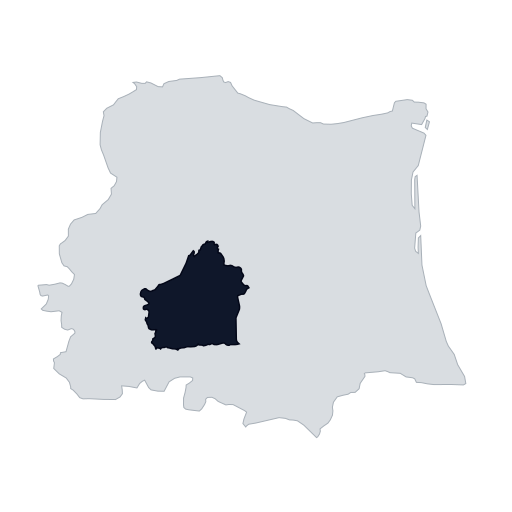 Worodougou highlighted on a map of Ivory Coast, rotated 273°
{"feature_id": "CIV-3443", "entity_name": "Worodougou", "entity_type": "Region", "adm_level": 1, "iso_a3": "CIV", "parent_name": "Ivory Coast", "parent_adm1": "", "projection": "natural_earth1", "projection_center": [-6.431, 8.415], "detail": "fine", "context": "in_parent", "style": "filled", "palette": "ink", "viewbox_px": 512, "rotation_deg": 273, "n_neighbors": 0, "source": "natural_earth", "source_scale": "10m", "svg_char_len": 7805}
<svg xmlns="http://www.w3.org/2000/svg" viewBox="0 0 512 512"><g transform="rotate(273 256 256)"><path d="M113.9,77.9L115.6,77.8L120.1,76.3L124.2,72.9L128.0,65.7L133.1,59.9L138.9,60.3L140.6,59.3L142.6,59.1L145.1,62.9L147.5,65.7L149.2,65.8L150.5,71.3L161.0,73.6L165.6,75.1L169.4,79.1L170.7,79.2L172.3,78.4L173.5,77.0L173.8,75.4L172.2,71.8L172.9,68.6L174.6,65.7L177.3,65.5L181.4,64.7L186.1,64.7L189.6,65.2L191.0,62.3L189.6,54.2L190.0,49.7L190.6,45.9L191.9,44.3L197.1,49.1L201.9,50.8L205.3,51.0L206.2,50.1L204.8,44.9L205.2,43.3L206.4,42.4L208.7,41.9L214.8,39.8L215.4,40.2L216.5,48.3L216.0,51.0L217.3,56.6L218.9,61.7L218.8,63.8L217.5,67.0L215.9,70.0L216.1,71.2L218.5,73.2L223.2,75.2L228.0,75.7L230.7,72.7L233.5,70.2L235.4,68.1L236.1,64.8L239.1,62.5L247.8,59.5L255.9,59.0L257.8,60.0L261.4,64.5L266.0,67.6L273.0,67.2L278.1,69.1L282.5,72.5L285.5,80.2L288.7,85.8L290.1,93.7L295.2,97.8L299.2,99.7L304.6,105.5L310.2,108.4L316.0,107.7L318.7,110.7L323.0,112.8L327.4,113.0L331.2,106.4L336.2,103.7L348.9,98.5L353.9,96.1L358.9,94.5L371.2,94.1L382.5,95.7L388.2,96.9L392.0,96.0L395.7,99.2L399.5,105.8L402.6,107.9L405.8,110.2L408.2,115.4L410.9,120.5L412.4,122.8L415.9,127.9L418.8,128.0L421.7,125.8L422.9,124.1L423.5,127.5L422.4,133.0L422.6,136.3L424.2,137.6L423.3,142.0L420.0,149.4L420.0,153.8L423.3,155.1L425.7,159.8L427.2,167.7L428.6,170.4L428.8,172.0L431.2,191.2L434.2,210.5L432.3,213.0L429.8,213.8L428.1,214.7L427.6,216.5L428.7,219.1L428.0,221.5L424.7,223.2L417.7,229.3L417.2,231.8L415.4,237.0L413.8,240.2L411.5,246.1L407.9,261.7L406.5,274.7L406.3,278.7L404.9,281.4L403.3,285.5L395.7,296.6L391.8,305.6L392.3,309.6L392.5,313.5L391.3,316.4L391.5,324.1L392.5,330.5L393.9,336.8L399.5,354.6L402.4,365.4L404.2,374.1L405.8,380.0L407.3,382.4L407.9,384.6L416.2,386.2L417.8,387.5L420.1,398.9L419.7,404.0L418.0,406.0L418.1,410.3L417.7,415.7L416.5,417.9L411.9,418.1L408.8,420.2L404.6,419.4L404.2,418.0L402.0,417.5L395.9,414.5L396.9,404.6L394.0,404.2L391.8,405.5L387.5,417.3L385.4,419.4L354.8,413.3L348.1,408.4L340.1,407.2L326.3,407.8L314.8,409.3L311.5,412.2L340.4,410.5L343.6,410.8L345.0,412.6L308.5,416.5L294.5,418.9L290.4,418.2L287.3,414.4L272.1,414.0L269.0,415.2L267.1,418.0L273.1,417.4L282.5,417.2L285.0,419.4L255.6,422.2L235.2,427.5L226.5,431.4L198.0,444.4L180.6,450.5L176.1,452.8L168.1,459.1L158.0,463.1L146.6,470.6L139.6,472.2L138.1,469.9L137.9,457.3L136.9,440.4L137.3,433.9L138.2,427.8L138.2,422.8L141.7,420.9L142.6,418.8L143.1,412.2L146.4,406.2L146.5,395.8L147.4,393.7L148.2,390.9L146.8,384.1L145.0,371.2L144.1,370.3L143.3,370.9L141.5,371.1L134.3,366.7L128.8,365.9L125.0,362.1L124.7,357.8L122.8,355.2L121.5,350.2L119.6,344.5L114.1,341.0L109.0,340.2L105.4,340.9L101.1,340.7L96.3,338.8L92.9,336.6L89.7,332.4L86.7,329.0L84.4,329.4L81.5,328.7L78.7,327.1L77.8,326.0L89.6,312.6L93.6,306.0L94.1,302.0L94.1,298.0L95.4,293.9L95.8,287.5L89.2,264.6L87.6,257.5L85.8,255.4L84.7,254.7L88.0,251.7L92.6,252.5L99.6,254.8L101.1,252.5L106.4,240.9L106.3,236.6L105.7,233.7L108.8,225.8L111.3,222.7L112.6,219.4L112.2,214.9L110.3,213.2L107.9,213.5L105.0,212.4L100.5,209.8L98.2,207.5L98.9,197.0L99.4,193.8L100.9,191.9L103.4,191.4L110.3,191.1L115.9,192.3L120.9,193.0L123.5,193.0L125.6,196.1L128.4,199.2L130.9,199.2L131.8,196.8L131.3,186.5L129.6,181.1L125.8,175.8L116.1,171.3L115.9,165.0L116.8,158.2L119.0,155.7L126.2,151.3L124.9,149.0L122.6,146.5L118.0,144.0L119.1,135.9L119.3,128.6L115.4,129.4L111.5,129.8L108.1,127.6L105.3,123.2L104.8,111.0L104.8,97.0L104.3,90.7L105.3,87.4L108.8,84.4L112.5,80.4L113.9,77.9ZM400.7,419.5L399.1,422.2L391.3,420.5L393.2,418.3L400.7,419.5Z" fill="#d9dde1" stroke="#a8b0b8" stroke-width="1"/><path d="M223.9,250.6L222.8,248.9L221.9,248.2L220.3,247.6L218.1,246.5L217.6,246.1L217.3,245.7L217.1,243.6L217.0,243.3L216.9,242.9L216.2,241.6L215.5,239.8L213.7,239.8L205.0,242.2L203.2,242.3L201.9,242.2L193.2,239.2L171.8,240.7L170.1,241.1L168.8,242.0L167.4,243.7L166.8,241.9L166.4,239.6L166.2,235.2L166.1,234.7L165.5,234.0L165.4,233.3L165.5,232.2L165.6,231.7L165.8,231.2L166.4,230.3L167.0,229.7L167.4,228.9L167.4,227.5L166.7,225.4L165.7,222.6L165.4,221.2L165.4,218.8L165.6,218.3L166.1,217.4L166.2,216.8L165.9,215.7L165.3,214.8L165.1,213.9L165.4,212.6L164.7,211.7L164.0,209.9L163.6,208.2L164.2,207.1L164.2,204.1L164.2,203.7L164.4,203.3L165.0,202.8L163.9,202.0L163.0,200.9L162.4,199.5L161.9,195.4L161.9,192.6L161.5,191.0L160.7,189.2L160.4,186.6L160.0,185.2L159.4,183.9L158.6,183.3L159.3,183.0L159.4,182.6L159.0,182.4L158.2,182.4L158.8,181.1L159.0,179.8L159.0,177.3L159.7,174.0L159.8,172.8L159.9,172.3L160.5,171.7L160.6,171.2L160.5,170.7L160.0,169.5L159.8,169.1L159.8,167.9L159.5,166.8L159.0,166.0L158.2,165.6L158.6,165.0L158.9,164.4L159.0,163.7L159.0,162.8L159.4,162.0L159.4,161.6L158.8,161.5L158.4,161.4L158.1,161.3L158.0,161.0L158.0,160.7L158.9,160.5L160.4,160.0L161.2,159.3L162.2,158.3L162.9,157.8L163.4,157.1L163.5,156.8L163.6,156.6L163.8,156.5L164.1,156.3L164.4,156.3L165.0,156.4L165.3,156.6L165.5,156.8L165.6,157.0L165.8,157.1L166.1,157.3L166.4,157.4L167.5,157.3L167.8,157.3L168.0,157.5L168.9,158.8L169.1,159.1L169.3,159.3L169.6,159.5L169.9,159.6L170.2,159.6L170.6,159.7L171.5,159.6L173.2,159.2L173.6,159.3L173.9,159.4L174.1,159.7L174.5,159.8L174.9,159.9L175.6,159.8L175.9,159.9L176.2,160.1L176.6,160.6L176.8,160.7L177.0,160.7L177.2,160.3L177.2,159.9L176.9,156.8L176.8,155.8L176.9,155.3L177.0,154.9L177.4,154.2L177.5,153.7L177.6,153.3L178.0,152.9L178.6,152.5L180.9,151.9L181.6,151.6L182.3,151.0L182.9,150.7L184.3,150.3L186.4,148.8L188.5,149.1L188.1,149.6L188.0,150.2L188.7,151.1L189.1,151.6L189.3,151.7L189.7,151.8L194.6,152.2L195.2,152.0L195.8,151.6L196.8,150.6L197.1,150.0L197.2,149.5L196.7,148.3L196.7,147.9L196.6,147.5L196.7,147.2L196.9,146.9L197.0,146.6L197.2,146.4L197.6,146.3L198.0,146.2L198.9,146.2L199.3,146.3L199.7,146.4L200.3,147.1L200.6,147.7L200.8,148.2L201.3,149.6L201.6,150.2L201.9,150.7L202.3,151.2L202.6,151.4L202.8,151.6L203.2,151.7L203.7,151.4L204.3,150.8L205.5,149.3L206.6,147.6L206.9,147.3L207.5,147.0L208.0,146.9L208.4,146.8L208.7,146.6L209.1,145.8L209.4,144.3L209.6,143.6L209.8,143.4L210.4,142.9L212.0,142.5L213.1,142.8L213.5,142.8L213.9,142.9L214.6,143.1L215.8,143.9L217.2,146.0L217.5,146.5L217.5,146.9L217.5,147.3L217.5,147.7L217.3,148.0L217.1,148.3L216.5,149.0L216.1,149.5L215.3,151.4L215.2,151.8L215.1,152.2L215.2,152.6L215.2,152.9L215.3,153.3L215.6,153.9L216.2,154.9L216.3,155.3L216.7,156.3L216.8,156.6L216.9,156.8L220.7,159.7L221.9,160.3L222.1,160.5L222.4,160.9L222.5,161.5L222.6,162.4L222.7,162.7L223.7,165.2L232.6,181.2L233.1,181.5L245.1,186.6L252.8,188.8L253.1,189.9L257.9,193.1L257.3,193.9L256.7,194.1L255.3,194.0L254.2,193.6L253.7,193.5L253.2,193.7L252.6,194.0L252.3,194.3L252.5,194.4L253.0,195.0L254.7,197.2L255.3,197.7L255.6,197.9L255.8,198.2L256.1,198.5L256.5,198.7L258.5,198.7L258.8,198.8L258.9,199.3L259.0,199.7L259.1,200.0L261.9,200.8L262.3,200.9L263.5,201.9L264.2,202.3L264.5,202.5L264.7,202.8L265.3,204.3L265.5,204.7L266.2,205.1L267.0,205.3L267.8,205.9L268.3,207.0L267.1,207.0L268.2,210.3L268.3,212.1L267.5,213.5L266.6,213.5L265.8,213.6L265.0,213.9L265.6,215.5L265.5,216.4L265.0,217.0L264.3,216.8L263.9,217.7L263.1,217.3L262.1,217.0L261.2,217.2L260.8,218.2L259.8,217.9L258.1,217.9L257.4,218.1L257.1,218.2L257.2,219.3L257.1,219.9L256.9,220.2L256.6,220.7L253.2,223.3L251.7,224.0L249.2,224.5L247.2,224.3L246.7,224.3L245.8,224.5L245.3,224.7L245.2,224.7L244.7,227.9L244.7,228.5L245.0,229.8L245.2,230.4L245.3,230.8L245.3,231.2L245.2,231.6L245.1,232.4L244.8,233.0L244.0,234.4L243.9,234.7L243.6,235.8L243.6,236.2L243.6,237.1L243.8,237.8L244.1,238.8L244.0,239.4L243.9,240.0L243.3,241.0L243.0,241.4L242.0,242.1L240.3,242.2L239.7,242.3L238.8,242.6L237.7,243.5L236.6,244.2L235.5,244.6L231.0,242.6L230.2,242.4L229.6,242.5L227.7,244.1L226.1,245.8L225.9,246.6L225.8,247.1L226.0,248.3L226.0,248.6L225.8,249.1L225.6,249.4L223.9,250.6Z" fill="#0f172a" stroke="#020617" stroke-width="1.5"/></g></svg>